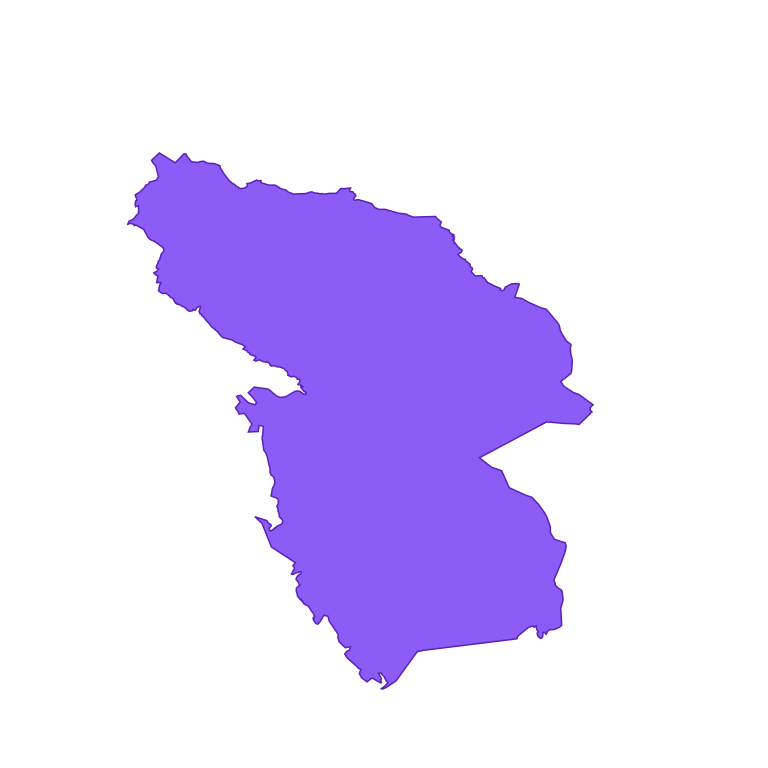 outline of Cotmeana, Arges, Romania, rotated 341°
{"feature_id": "2599482B54766849205701", "entity_name": "Cotmeana", "entity_type": "district", "adm_level": 2, "iso_a3": "ROU", "parent_name": "Romania", "parent_adm1": "Arges", "projection": "natural_earth1", "projection_center": [24.603, 44.996], "detail": "fine", "context": "isolated", "style": "filled", "palette": "violet", "viewbox_px": 768, "rotation_deg": 341, "n_neighbors": 0, "source": "geoboundaries", "source_scale": "gbopen_adm2", "svg_char_len": 6168}
<svg xmlns="http://www.w3.org/2000/svg" viewBox="0 0 768 768"><g transform="rotate(341 384 384)"><path d="M480.7,624.8L492.8,611.3L501.1,601.0L503.4,596.6L503.7,593.3L494.7,586.5L493.1,580.0L493.2,578.0L494.8,573.1L494.7,563.4L493.9,558.1L491.0,548.3L487.0,539.3L481.4,535.0L469.4,523.6L468.6,522.3L467.0,504.3L458.5,497.7L450.2,484.8L525.5,472.8L542.1,480.2L552.5,484.2L555.1,485.8L571.6,478.1L570.3,475.7L571.1,474.5L571.1,473.6L574.9,471.7L564.9,457.4L560.4,453.8L554.8,446.7L552.6,443.3L552.9,442.6L551.9,439.2L563.9,435.0L565.4,433.2L569.4,424.1L570.1,420.4L570.3,416.6L571.9,410.6L573.1,409.0L573.5,407.4L570.5,402.6L568.4,393.6L568.2,390.1L568.8,386.0L568.3,383.2L561.8,366.1L557.3,363.2L547.1,353.6L541.9,347.8L535.8,344.7L544.4,333.7L543.1,332.5L537.3,330.9L530.1,331.9L528.5,333.8L526.6,334.4L524.5,333.3L525.3,331.6L520.7,327.6L515.1,321.9L513.2,316.2L512.0,315.4L511.8,313.5L505.6,311.6L505.1,311.0L503.0,306.1L505.3,304.0L504.9,302.4L503.8,301.4L504.3,298.7L501.3,293.8L501.5,292.5L500.2,292.0L498.0,289.4L496.1,285.9L496.5,285.3L500.0,284.7L501.3,283.3L501.2,282.1L499.4,280.7L499.6,279.8L498.7,279.1L497.4,274.6L496.5,273.8L497.0,273.7L496.1,270.7L497.2,270.5L496.5,269.5L497.8,269.1L497.7,268.4L498.4,267.9L497.7,267.4L497.8,266.7L497.3,266.6L498.8,266.0L498.3,265.4L497.5,265.4L497.7,264.7L496.9,264.4L495.4,261.8L495.6,259.7L489.1,254.4L488.5,252.3L490.9,249.5L487.9,244.5L487.3,242.4L466.2,235.8L461.6,232.1L460.8,230.8L453.5,227.3L441.8,219.2L435.8,217.1L432.4,213.8L431.3,209.8L429.6,208.2L419.9,201.4L415.9,200.6L415.5,198.7L418.6,197.1L418.7,195.5L417.4,193.6L417.1,192.1L415.1,191.3L414.4,190.4L414.4,189.6L416.2,187.8L409.2,186.2L407.0,185.0L401.1,188.2L394.2,185.9L389.2,185.1L387.9,183.9L385.7,183.5L382.9,181.7L381.1,181.2L378.4,178.9L376.2,178.4L372.5,178.6L360.4,175.0L356.0,171.4L354.3,168.4L352.0,167.2L348.6,164.3L348.7,163.6L348.0,163.3L346.8,161.4L345.3,160.3L340.0,158.5L333.3,153.7L333.9,151.5L330.9,150.9L330.0,149.7L323.0,150.5L319.6,149.9L319.5,151.8L318.4,152.7L315.9,153.4L311.7,152.4L308.3,148.1L307.6,146.5L306.2,145.3L304.0,141.5L301.3,133.7L299.6,126.6L299.9,124.1L295.2,120.3L289.0,117.8L286.1,114.6L282.4,113.8L280.3,114.0L274.3,111.2L271.8,104.4L271.8,102.3L269.9,101.2L258.6,106.9L246.8,92.4L237.1,96.8L237.5,99.6L239.2,103.8L238.2,114.7L237.0,115.3L235.7,116.9L234.3,117.2L228.3,116.7L226.3,118.3L223.4,118.5L221.4,120.3L215.1,123.2L210.3,124.2L210.3,129.8L208.7,130.1L206.9,133.9L206.9,135.5L209.9,135.5L207.4,142.9L204.9,143.8L200.9,146.5L195.8,147.1L194.2,149.1L193.1,149.8L195.8,149.4L197.8,150.3L199.4,152.0L199.4,152.8L200.0,152.5L201.9,153.7L207.1,159.5L208.5,168.0L209.3,170.2L210.9,172.3L213.2,174.2L219.4,182.9L219.7,184.5L219.2,186.6L215.6,188.6L212.3,193.6L210.4,194.5L210.1,195.6L207.3,198.3L206.6,200.4L208.1,201.3L208.2,201.9L205.7,203.5L202.6,203.9L202.7,204.8L204.2,207.1L205.4,208.2L202.0,214.2L206.0,215.3L202.4,219.9L202.2,221.4L201.1,222.4L203.9,226.3L206.2,226.7L207.8,227.7L210.4,231.9L210.3,232.4L212.3,234.3L213.0,238.8L213.5,239.0L213.3,239.8L214.6,241.3L216.8,242.6L218.6,244.9L220.3,246.3L222.3,250.3L223.8,252.0L226.9,252.3L227.8,251.3L228.5,251.9L228.2,252.1L229.5,252.8L231.9,250.9L235.5,250.6L235.6,251.4L232.8,255.2L233.0,258.0L233.9,258.2L234.1,260.4L235.0,261.1L236.7,266.4L238.9,271.1L239.1,272.8L243.3,279.8L246.4,287.4L254.7,292.9L257.0,295.9L262.9,300.7L265.1,303.6L262.0,305.0L265.2,307.9L265.4,309.2L266.7,310.9L267.0,312.4L271.1,315.8L271.7,316.8L270.6,318.0L268.7,319.0L270.2,320.5L274.1,320.7L276.7,323.3L281.7,326.0L282.7,327.7L282.3,328.8L283.5,330.5L285.0,330.6L287.0,331.6L288.6,333.0L291.1,334.1L294.3,336.7L296.6,341.2L296.0,344.5L298.5,347.0L301.7,347.6L303.8,350.0L303.5,351.4L305.6,352.0L305.2,354.3L302.5,356.3L302.5,356.8L304.4,357.0L304.7,358.3L305.8,358.9L306.4,360.1L305.6,360.2L304.8,359.3L304.3,359.9L305.6,364.2L307.5,366.8L307.1,367.9L305.0,367.6L301.9,363.3L298.9,362.1L297.3,362.0L286.8,364.1L281.4,362.9L278.5,360.3L273.7,352.3L272.4,350.9L260.3,344.7L252.8,348.1L255.2,353.1L257.2,359.0L257.2,360.3L255.5,361.7L250.4,358.2L249.2,356.7L244.8,348.1L241.7,347.5L240.6,347.8L242.1,354.2L235.8,358.2L236.2,360.3L236.7,360.7L237.3,365.3L242.1,366.2L242.6,366.8L246.1,378.9L243.1,381.6L240.1,385.2L249.5,388.0L252.5,382.6L254.7,383.6L256.0,385.1L252.8,392.4L251.2,395.2L248.8,407.6L249.8,410.7L249.9,415.9L248.9,422.7L248.8,426.7L247.4,430.6L247.7,433.5L249.5,435.8L248.9,441.1L247.1,444.1L244.7,446.1L240.8,453.1L245.6,457.2L246.5,459.3L245.4,461.2L245.4,462.4L242.7,464.9L243.3,466.1L242.4,470.2L242.5,473.0L241.8,475.6L243.5,479.1L243.6,480.9L242.5,482.4L241.3,483.3L237.2,483.5L229.4,486.2L228.5,485.6L228.6,482.6L231.1,481.6L231.3,480.0L230.2,479.0L229.0,476.7L228.7,475.0L218.7,467.5L223.3,476.0L224.5,501.5L242.1,524.2L238.6,526.2L239.5,528.3L239.2,529.3L234.6,533.5L235.8,534.4L240.3,533.9L241.7,534.5L242.8,534.0L244.5,534.7L244.2,535.9L239.6,537.5L237.5,539.4L237.3,539.9L238.6,544.4L238.3,545.5L239.1,546.7L234.8,548.4L233.9,550.1L233.5,552.7L233.6,555.3L233.1,556.1L234.4,560.1L235.5,560.5L234.8,560.9L235.8,561.8L235.6,562.4L236.6,563.1L236.2,564.4L236.7,564.9L236.6,565.5L237.7,566.5L237.7,567.2L239.9,568.9L241.8,576.1L242.4,577.0L242.7,581.0L240.8,582.1L240.6,582.7L241.2,583.1L240.4,584.2L241.6,588.4L243.5,589.6L246.6,587.6L251.8,583.2L255.4,585.3L255.0,590.3L259.2,605.9L257.8,608.8L257.7,613.5L261.6,620.8L266.8,621.5L265.0,624.3L261.8,624.6L259.0,626.5L260.0,631.1L265.7,640.9L267.6,645.0L269.2,646.4L266.7,649.3L266.4,650.3L267.1,652.7L266.9,653.8L271.0,660.1L276.4,658.3L277.3,658.4L282.7,664.7L283.9,665.6L284.4,665.2L284.3,663.7L285.5,661.9L284.8,655.6L287.3,656.5L287.4,657.6L288.9,660.7L289.3,665.2L290.7,667.6L286.4,669.9L282.3,671.2L283.6,672.0L287.9,671.5L298.8,668.6L328.3,647.9L334.8,648.7L426.8,668.2L427.7,666.6L429.4,665.6L441.4,661.1L446.4,661.4L446.6,662.9L449.0,662.4L448.5,666.2L449.2,668.7L447.6,669.5L447.4,672.5L448.9,675.3L450.0,675.6L451.6,674.8L453.5,670.7L454.9,671.0L455.4,673.0L456.0,673.4L457.9,671.3L460.0,670.2L465.8,671.7L471.5,670.9L473.5,669.8L478.1,653.6L483.0,646.5L484.9,638.2L484.4,636.2L482.3,633.6L480.5,630.2L480.9,628.3L480.7,624.8Z" fill="#8b5cf6" stroke="#5b21b6" stroke-width="1.5"/></g></svg>